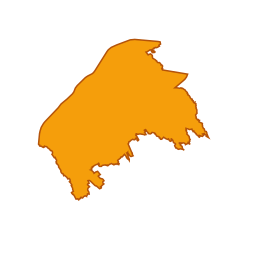 Kota Bandung, Jawa Barat, Indonesia, rotated 127°
{"feature_id": "22746128B71762235135177", "entity_name": "Kota Bandung", "entity_type": "district", "adm_level": 2, "iso_a3": "IDN", "parent_name": "Indonesia", "parent_adm1": "Jawa Barat", "projection": "natural_earth1", "projection_center": [107.64, -6.903], "detail": "fine", "context": "isolated", "style": "filled", "palette": "amber", "viewbox_px": 256, "rotation_deg": 127, "n_neighbors": 0, "source": "geoboundaries", "source_scale": "gbopen_adm2", "svg_char_len": 5792}
<svg xmlns="http://www.w3.org/2000/svg" viewBox="0 0 256 256"><g transform="rotate(127 128 128)"><path d="M115.2,77.7L114.7,77.3L114.9,76.0L114.6,74.8L113.1,73.6L112.0,71.1L111.9,69.7L111.7,72.0L110.1,73.8L110.3,74.3L110.1,75.1L110.2,75.7L109.5,75.9L109.2,76.2L109.5,77.5L109.1,78.0L108.6,77.7L108.3,76.8L107.8,76.4L107.8,75.7L106.8,75.2L106.3,74.3L106.1,73.4L106.2,72.7L106.7,72.1L105.0,71.3L104.5,70.8L103.6,71.2L103.8,68.6L103.1,69.9L102.2,70.9L101.2,70.7L100.9,71.4L99.7,71.5L99.6,72.3L97.9,74.2L97.7,75.8L97.3,76.7L97.5,77.2L96.6,77.9L96.2,77.9L95.3,79.9L94.9,79.8L94.7,80.5L94.3,80.4L93.7,81.3L93.3,81.5L93.2,80.8L92.6,79.6L92.3,78.0L90.4,76.3L91.2,75.2L90.9,73.8L91.6,74.0L91.7,73.8L91.3,73.5L91.3,71.6L91.6,71.2L91.5,70.1L92.1,69.6L92.0,67.4L92.4,66.4L92.4,64.8L91.8,67.3L91.0,66.7L91.1,66.3L90.6,65.4L90.7,64.8L90.2,64.4L89.9,63.5L88.0,63.2L87.9,64.8L86.4,63.8L86.9,62.6L86.7,61.1L86.8,60.7L87.5,60.6L87.2,57.9L86.7,59.0L86.9,59.6L86.1,59.8L85.0,61.7L84.4,62.1L84.0,63.1L83.7,63.3L83.8,63.7L84.3,64.4L83.7,65.7L83.0,66.2L82.8,66.8L82.9,67.6L81.9,69.5L81.0,70.1L80.7,70.7L79.7,71.2L79.6,72.1L79.8,72.3L80.4,74.9L80.1,75.3L78.9,75.5L79.2,76.2L79.0,76.8L79.5,76.9L79.7,77.4L79.3,78.2L79.3,79.3L78.7,79.6L78.5,80.2L77.8,80.6L77.5,81.3L76.8,81.9L74.5,81.8L74.1,82.5L72.8,83.3L71.7,84.4L71.5,85.3L70.6,85.9L70.3,86.6L69.1,87.1L68.9,87.8L67.9,88.1L67.7,88.7L68.1,89.9L67.1,90.2L68.0,90.9L68.0,91.3L67.0,92.4L67.4,92.9L67.2,93.6L66.8,93.6L66.3,94.2L66.7,94.9L66.4,96.5L65.7,97.5L65.3,98.8L65.5,100.3L64.8,100.5L64.7,101.6L64.2,101.7L63.9,102.3L63.8,103.8L63.2,105.7L63.5,106.7L63.4,107.8L63.5,108.5L64.0,108.7L64.0,109.9L65.1,110.5L66.6,113.4L67.6,114.7L54.9,111.9L51.9,112.0L49.1,112.8L60.9,135.4L60.3,136.6L59.7,136.1L58.9,137.3L57.7,137.6L57.3,139.0L57.8,139.5L57.4,139.8L56.9,141.3L56.9,142.5L57.3,142.8L57.8,143.6L57.6,144.9L57.2,145.4L57.4,145.7L57.2,145.9L57.1,147.5L57.4,150.3L56.1,151.8L55.8,151.8L55.5,152.2L55.2,153.4L55.3,154.7L56.1,155.0L56.3,155.5L57.5,155.9L57.4,156.4L56.5,159.3L55.6,158.6L52.3,157.4L51.8,156.8L52.6,155.5L53.1,154.0L53.0,153.7L52.3,153.6L52.4,153.0L52.1,152.8L51.5,152.8L51.5,152.2L51.0,152.2L50.9,152.4L50.8,153.8L51.3,154.5L50.8,156.0L49.1,155.0L48.9,155.5L48.4,155.3L47.0,154.4L47.1,154.0L46.0,153.1L43.8,152.2L43.6,153.0L43.2,153.2L41.4,152.5L39.9,154.2L40.9,156.2L53.2,175.9L56.3,179.3L68.4,187.0L73.7,189.9L77.4,190.8L79.5,190.8L102.0,188.9L104.5,188.9L106.3,189.3L110.8,191.5L113.4,192.4L124.7,194.1L127.8,194.1L131.6,193.0L134.2,192.9L141.5,194.1L149.1,195.9L153.8,195.9L172.8,198.1L175.1,198.2L179.7,197.7L183.3,196.4L185.7,195.3L194.8,189.7L195.0,189.3L194.8,188.3L195.4,188.0L195.5,187.4L194.8,186.5L194.5,183.9L194.0,183.5L193.4,184.0L192.7,183.8L192.7,183.2L191.8,181.7L192.2,179.9L192.1,177.8L192.6,176.6L192.5,175.8L192.1,175.5L192.2,174.7L192.5,174.0L193.4,173.2L194.4,172.8L194.8,172.9L196.1,168.9L195.3,168.5L196.4,166.6L196.5,165.9L197.3,165.2L198.0,165.1L198.2,164.8L198.4,165.0L199.3,164.0L199.5,163.6L199.2,163.4L199.8,161.1L200.4,160.2L200.9,160.0L202.2,156.2L203.3,155.3L203.8,154.4L204.0,153.1L203.6,152.5L204.8,150.6L204.0,150.2L204.2,147.2L204.9,145.3L203.8,144.7L203.9,144.3L203.8,144.0L204.2,143.1L204.7,142.9L205.2,142.0L206.2,142.4L206.4,140.8L207.3,138.5L208.1,138.7L209.4,136.0L210.3,135.3L211.5,133.5L213.6,134.3L213.9,133.8L214.3,132.2L213.9,132.0L214.4,130.3L216.1,126.7L214.9,125.7L215.1,124.1L214.7,124.0L214.2,124.4L213.1,123.6L212.8,123.9L211.8,124.0L211.4,123.5L211.6,122.5L210.9,122.1L209.5,122.1L207.9,121.4L207.6,119.9L207.2,120.2L205.4,120.2L205.0,120.7L204.6,120.4L204.1,119.3L202.8,120.6L202.2,121.8L202.2,122.4L201.7,123.0L200.4,123.7L198.6,123.7L198.2,123.3L197.9,123.4L197.7,126.2L196.8,126.5L195.5,125.8L194.1,128.3L193.2,127.4L193.0,126.1L193.8,119.9L193.7,119.0L193.3,118.5L193.6,114.1L192.2,113.3L191.8,113.3L191.4,114.5L190.8,114.0L190.0,114.3L187.2,113.6L187.2,114.7L186.4,115.6L185.9,115.8L184.6,115.4L184.1,116.7L184.0,117.7L184.9,119.9L184.4,122.8L183.7,122.9L181.9,122.1L180.9,126.2L182.6,127.3L184.6,127.9L184.1,128.8L183.7,131.7L183.9,132.5L183.3,132.1L182.7,132.1L182.2,133.1L180.9,132.5L180.3,133.2L179.4,132.4L178.7,132.5L176.4,131.4L175.3,130.6L173.8,130.2L174.3,129.2L175.5,129.1L175.8,127.9L175.6,127.3L174.6,126.1L173.3,126.0L171.6,124.4L171.4,123.9L170.9,123.6L170.9,122.7L170.1,122.4L170.3,121.4L168.2,120.9L166.3,119.8L166.2,118.6L166.0,117.7L165.6,117.6L165.8,117.0L164.4,116.6L164.3,115.7L162.8,115.2L163.2,114.2L162.8,113.3L161.8,113.6L161.7,114.8L160.7,115.3L160.3,116.7L160.0,116.8L156.5,115.9L156.0,116.0L155.8,116.2L154.9,115.9L154.8,115.4L154.4,115.2L151.2,115.0L151.9,111.9L152.4,111.6L152.9,110.0L152.9,109.3L152.5,109.0L153.1,107.6L152.2,108.2L151.0,110.4L150.1,111.3L148.7,114.0L148.2,113.6L147.7,113.6L148.2,113.2L148.1,112.6L148.9,110.6L149.2,109.0L148.6,108.1L147.1,107.2L146.7,108.2L146.0,109.3L145.8,109.2L145.5,109.5L144.9,111.0L140.6,118.4L139.8,118.3L138.7,119.0L137.8,118.5L135.8,118.2L134.1,117.4L133.8,116.0L132.9,115.4L131.7,115.8L130.8,115.1L132.3,113.4L132.4,112.5L131.6,112.3L131.0,112.3L129.3,116.2L129.3,117.1L129.1,117.4L128.8,117.1L127.7,118.0L127.3,117.5L127.5,116.7L125.5,114.9L123.5,111.0L123.6,110.7L122.4,109.7L121.9,110.6L121.8,111.2L121.5,111.5L121.4,112.2L120.1,112.0L119.9,113.6L118.8,113.2L118.8,112.0L119.4,111.3L119.7,108.8L119.8,108.5L120.2,108.4L119.4,106.7L118.2,106.1L117.6,106.3L117.0,106.1L116.0,103.9L116.2,103.7L116.1,103.2L116.4,103.1L116.2,102.6L116.6,102.3L116.7,101.3L117.2,100.3L116.4,98.2L116.5,97.7L117.1,97.0L116.7,96.1L117.4,95.3L117.3,95.0L116.7,94.3L113.9,94.0L113.8,91.5L113.3,89.6L112.3,89.1L113.1,87.5L113.2,86.6L113.1,86.1L112.1,85.6L111.3,86.2L110.9,86.9L110.5,86.7L110.8,84.9L112.3,82.8L112.0,81.7L112.1,80.5L112.6,80.2L113.4,80.3L114.1,80.1L115.2,77.7Z" fill="#f59e0b" stroke="#b45309" stroke-width="1.5"/></g></svg>